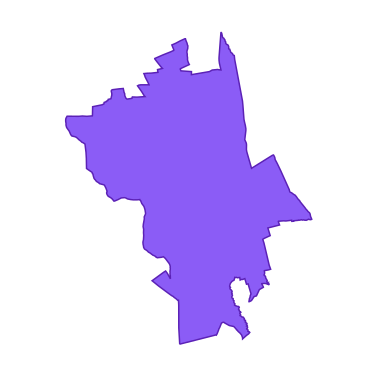 the district of Scanteia, Iasi, Romania, rotated 171°
{"feature_id": "2599482B42529928400495", "entity_name": "Scanteia", "entity_type": "district", "adm_level": 2, "iso_a3": "ROU", "parent_name": "Romania", "parent_adm1": "Iasi", "projection": "mercator", "projection_center": [27.593, 46.925], "detail": "fine", "context": "isolated", "style": "filled", "palette": "violet", "viewbox_px": 384, "rotation_deg": 171, "n_neighbors": 0, "source": "geoboundaries", "source_scale": "gbopen_adm2", "svg_char_len": 5910}
<svg xmlns="http://www.w3.org/2000/svg" viewBox="0 0 384 384"><g transform="rotate(171 192 192)"><path d="M78.0,146.4L78.7,149.3L78.8,151.9L79.2,153.1L80.6,154.7L80.9,155.5L82.3,157.6L82.8,158.7L86.6,165.3L87.0,166.5L88.6,168.8L89.6,171.0L90.6,172.7L91.9,173.7L93.8,175.7L95.0,176.4L95.4,177.0L95.6,179.2L101.0,199.0L103.4,207.0L104.8,211.0L104.8,212.9L105.1,214.3L105.7,215.8L106.8,215.7L129.5,206.1L131.6,223.2L131.6,225.4L130.9,229.3L130.7,230.9L130.8,232.1L131.7,235.4L129.2,244.2L128.9,246.0L128.9,249.3L129.2,253.2L129.3,255.7L128.2,269.2L127.9,273.9L128.1,281.2L129.1,316.2L128.9,320.2L129.3,320.4L130.1,321.2L130.3,322.2L130.6,322.7L131.8,323.8L132.4,327.2L133.2,327.5L133.4,327.8L133.0,329.5L133.2,330.9L133.8,332.0L134.6,332.3L135.3,333.3L135.4,333.7L135.2,334.9L135.7,335.7L135.7,337.1L136.3,338.2L136.6,339.0L137.4,339.6L137.6,340.0L137.8,344.0L138.0,344.7L138.3,345.0L138.5,344.9L140.6,336.1L144.2,320.9L144.5,319.3L144.7,317.6L144.8,314.7L144.3,308.0L146.5,308.6L147.4,309.0L153.0,309.3L155.9,308.2L174.2,308.0L173.7,311.0L184.0,313.4L184.4,315.2L184.2,315.6L174.7,318.3L175.2,319.8L175.7,322.1L175.7,324.0L175.4,325.0L175.4,327.5L175.1,328.9L175.2,330.5L174.9,332.1L173.8,334.3L173.2,337.0L173.5,338.0L173.6,339.7L174.3,342.6L174.5,344.4L175.0,344.5L180.1,343.1L184.7,341.5L188.9,340.4L187.8,335.6L187.8,335.1L187.9,334.7L191.1,333.8L199.1,332.0L207.9,329.7L208.0,329.4L206.4,326.4L202.8,320.0L201.9,318.7L206.9,318.3L206.9,315.5L213.8,315.8L217.6,316.3L221.0,316.5L220.4,314.1L220.4,313.5L220.1,312.3L218.3,307.0L217.7,304.6L225.9,305.9L227.8,305.9L229.2,305.4L226.2,299.4L224.2,294.7L223.5,293.6L231.5,294.3L236.0,295.2L236.3,295.0L236.5,294.1L236.7,293.9L241.6,293.9L242.5,294.8L243.1,296.8L243.3,297.9L243.1,299.7L243.5,301.0L243.7,305.0L247.8,305.3L254.5,305.5L255.3,305.3L255.9,304.6L256.0,303.7L255.8,302.3L255.9,301.2L256.1,300.2L257.5,296.8L260.3,296.6L260.8,295.5L262.3,295.1L262.4,294.7L264.8,294.2L265.2,292.8L267.1,292.2L276.8,291.8L278.2,284.0L278.5,282.8L284.0,283.2L288.4,284.2L292.2,284.5L303.5,286.4L304.7,284.9L305.3,283.8L305.7,281.8L305.7,279.2L306.0,277.9L305.8,275.7L305.5,274.8L303.8,271.4L302.9,268.0L302.6,267.2L301.9,266.1L298.7,264.8L297.6,264.0L296.5,262.7L295.6,261.4L293.9,259.7L293.0,258.4L291.7,257.6L290.2,256.1L290.5,247.7L291.1,241.7L292.5,231.7L291.2,230.4L287.6,227.0L287.5,225.7L287.2,225.5L287.0,224.9L287.0,223.5L286.6,220.7L286.1,219.7L285.8,219.5L285.2,218.2L284.6,217.3L282.8,215.8L282.6,215.4L282.1,215.1L282.0,214.7L278.2,213.0L277.4,212.4L276.4,209.2L276.0,207.2L275.8,206.8L276.0,206.2L275.8,205.8L276.0,205.2L276.4,204.8L276.5,203.6L276.1,202.3L275.7,201.3L275.1,200.6L273.3,199.2L271.9,197.6L270.5,195.2L269.7,195.2L266.1,196.1L262.8,197.2L259.7,197.0L259.0,196.8L258.1,196.3L256.9,195.3L254.0,194.2L251.1,193.4L247.0,192.8L244.8,192.7L244.8,192.3L244.1,191.5L243.4,188.5L241.7,185.2L241.2,181.9L241.2,178.2L241.5,177.3L243.1,174.9L243.3,172.9L245.1,167.8L245.7,165.4L245.6,162.7L246.3,159.2L246.5,156.6L247.4,152.5L248.3,150.2L248.5,148.0L248.4,146.6L248.4,144.7L247.8,143.1L246.0,141.5L245.2,140.6L244.5,139.5L242.5,137.9L241.8,137.0L241.0,136.3L240.4,135.6L239.7,135.3L237.9,133.9L237.9,133.5L236.6,132.5L232.4,132.3L230.3,132.5L229.3,131.2L228.8,130.7L226.2,125.8L225.9,125.5L225.8,124.9L225.6,124.6L225.3,123.5L225.1,122.0L225.4,121.0L225.3,120.4L225.8,118.1L226.2,117.2L226.1,116.6L226.6,114.3L226.5,112.9L226.9,109.6L229.1,115.6L230.4,118.1L232.5,117.2L245.3,110.6L239.8,104.5L232.0,96.5L228.4,92.9L226.7,91.6L226.3,90.9L224.2,88.8L223.0,87.2L222.3,87.2L222.8,82.4L226.3,59.9L227.9,44.1L227.5,43.7L191.5,47.0L190.8,47.1L190.4,46.8L189.4,48.0L187.4,51.4L186.7,52.8L186.0,53.6L183.4,57.9L181.7,58.5L180.6,58.1L180.4,57.7L179.9,57.3L176.1,54.3L172.0,52.7L171.3,52.0L169.8,49.6L169.5,48.8L169.1,48.6L168.2,47.0L166.7,45.2L165.4,43.0L164.9,40.5L164.9,39.8L165.0,39.0L160.5,41.9L158.3,43.0L156.9,44.3L157.5,45.1L158.6,45.6L158.5,46.2L158.3,46.6L158.4,47.3L158.7,47.8L159.4,48.1L159.4,48.5L158.3,49.5L158.3,50.1L158.4,50.6L159.1,51.1L158.3,51.7L158.7,52.5L159.0,52.7L158.9,53.0L158.3,53.6L158.9,54.3L159.6,54.7L159.7,55.2L159.7,55.4L159.3,55.8L159.5,56.3L159.3,56.7L159.3,56.9L159.9,57.0L160.2,57.3L160.4,57.7L160.1,58.7L160.5,59.4L160.8,60.2L161.3,60.5L162.1,60.6L162.5,61.4L163.9,62.4L163.2,63.5L163.7,64.3L163.8,64.8L163.7,65.1L162.6,65.5L162.8,66.1L163.7,66.9L164.0,67.5L163.8,68.0L164.4,69.0L163.9,70.0L163.4,70.4L163.5,71.2L164.2,71.8L164.8,71.8L167.3,73.2L167.7,73.7L167.6,74.0L167.1,74.6L167.1,75.0L167.4,75.3L167.9,76.3L167.9,76.8L167.6,77.6L167.5,78.0L168.0,78.4L168.2,79.0L168.2,79.4L168.0,80.1L168.1,80.4L168.6,80.6L169.1,81.2L169.1,82.3L168.3,83.3L168.2,83.8L168.6,84.5L168.4,84.9L168.6,85.3L168.2,85.7L168.6,86.7L168.4,87.0L168.1,87.2L167.9,87.7L168.6,89.1L169.4,90.0L169.6,90.6L169.5,91.3L168.9,91.8L169.0,92.1L169.6,92.6L169.4,93.7L168.4,95.7L166.8,97.2L165.9,97.8L164.4,98.2L163.8,99.3L163.1,101.0L162.4,100.7L161.6,100.8L160.6,100.2L158.2,100.1L158.2,97.5L157.0,97.9L155.6,97.7L153.4,98.2L152.6,92.4L151.0,92.5L149.7,82.6L149.8,81.9L150.6,80.7L151.3,78.6L151.9,77.9L152.9,74.8L152.5,74.7L150.6,75.3L149.8,75.9L147.0,79.0L144.6,79.3L140.7,85.1L136.4,86.7L136.4,87.2L137.4,90.0L137.5,90.5L137.4,90.6L134.3,90.3L133.2,89.9L130.7,88.5L130.4,88.6L130.3,89.1L130.5,89.5L131.2,90.3L131.6,90.4L131.7,90.9L131.4,91.0L132.0,91.2L132.1,91.4L132.2,91.8L131.6,92.6L131.6,92.8L132.1,94.3L132.6,95.1L132.6,96.9L132.8,97.5L133.7,98.3L133.7,99.1L133.2,99.7L132.9,100.8L132.9,102.8L132.8,103.0L128.6,103.1L126.4,103.4L127.2,107.6L128.9,130.3L129.5,134.2L127.9,134.9L121.6,136.7L122.7,144.6L110.7,145.7L111.4,149.3L111.2,149.6L106.1,149.2L103.8,148.7L98.0,148.5L98.0,147.4L96.1,147.2L96.0,147.7L91.5,147.4L91.3,147.6L90.0,147.3L88.3,147.5L87.5,147.0L86.1,147.0L85.6,146.7L83.7,146.2L82.6,146.4L82.3,146.6L81.9,146.6L81.2,146.9L79.7,146.2L79.1,146.1L78.8,146.1L78.7,146.3L78.0,146.4Z" fill="#8b5cf6" stroke="#5b21b6" stroke-width="1.5"/></g></svg>